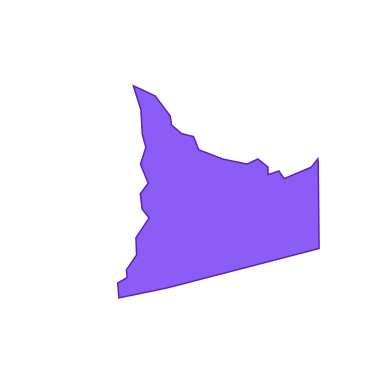 the district of Greene, Virginia, United States of America, rotated 324°
{"feature_id": "52423323B83687040652424", "entity_name": "Greene", "entity_type": "district", "adm_level": 2, "iso_a3": "USA", "parent_name": "United States of America", "parent_adm1": "Virginia", "projection": "orthographic", "projection_center": [-78.466, 38.33], "detail": "fine", "context": "isolated", "style": "filled", "palette": "violet", "viewbox_px": 384, "rotation_deg": 324, "n_neighbors": 0, "source": "geoboundaries", "source_scale": "gbopen_adm2", "svg_char_len": 572}
<svg xmlns="http://www.w3.org/2000/svg" viewBox="0 0 384 384"><g transform="rotate(324 192 192)"><path d="M185.7,116.2L180.9,128.8L166.7,139.2L161.7,159.2L149.2,163.0L141.6,176.5L142.0,187.8L119.7,196.1L110.1,210.4L93.1,216.5L89.3,223.1L78.4,221.9L70.6,234.7L115.6,255.0L261.6,312.4L311.2,242.7L313.4,239.1L303.1,242.0L274.4,235.3L274.7,226.1L263.7,222.6L268.1,216.6L264.7,204.0L253.0,201.8L236.3,183.5L222.3,161.8L225.8,148.0L217.8,138.5L214.8,125.7L219.1,117.7L218.6,92.6L207.0,71.6L199.1,95.2L185.7,116.2Z" fill="#8b5cf6" stroke="#5b21b6" stroke-width="1.5"/></g></svg>